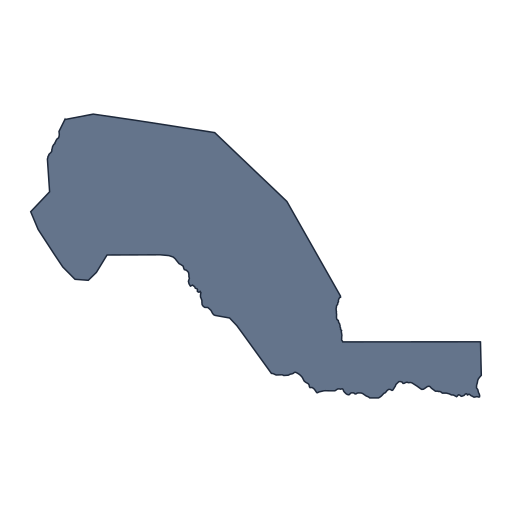 Nawae District, Morobe, Papua New Guinea
{"feature_id": "67681753B35920767491550", "entity_name": "Nawae District", "entity_type": "district", "adm_level": 2, "iso_a3": "PNG", "parent_name": "Papua New Guinea", "parent_adm1": "Morobe", "projection": "equal_earth", "projection_center": [147.161, -6.504], "detail": "fine", "context": "isolated", "style": "filled", "palette": "slate", "viewbox_px": 512, "rotation_deg": 0, "n_neighbors": 0, "source": "geoboundaries", "source_scale": "gbopen_adm2", "svg_char_len": 3387}
<svg xmlns="http://www.w3.org/2000/svg" viewBox="0 0 512 512"><path d="M286.9,201.5L277.2,192.2L254.8,170.9L214.7,132.6L185.8,128.1L174.5,126.3L135.0,120.2L93.2,114.1L65.1,119.5L65.0,119.3L59.0,131.4L59.3,134.3L59.1,136.3L58.5,137.9L57.1,138.9L56.1,140.4L55.6,141.6L54.9,142.8L54.9,143.6L53.8,144.4L52.6,146.5L52.2,148.5L51.8,149.8L51.8,151.0L51.5,151.7L50.5,152.9L49.3,154.0L48.9,154.4L48.8,155.3L48.0,156.4L47.8,157.9L47.4,159.0L49.6,191.8L30.7,211.7L38.1,229.4L54.1,254.0L62.8,267.0L75.0,279.3L88.3,280.3L96.4,272.4L106.9,255.2L107.2,255.0L160.2,254.8L169.0,255.6L170.1,256.0L171.1,256.3L173.3,257.1L175.3,258.9L176.5,260.5L177.5,261.7L179.0,263.6L181.1,264.7L183.2,266.2L183.6,267.9L184.3,269.6L186.5,270.3L188.5,272.4L188.9,274.8L188.9,276.8L189.4,278.2L188.4,281.3L189.0,283.8L190.4,286.1L192.6,285.1L194.7,286.8L195.3,288.2L197.1,288.9L197.5,289.5L197.3,291.2L198.3,292.1L199.4,292.1L200.1,291.4L200.9,292.6L200.5,294.8L200.5,296.9L201.2,298.6L201.9,300.5L201.9,302.5L202.1,304.7L203.3,306.4L204.8,307.4L207.8,307.5L209.1,308.6L211.0,310.4L212.4,313.1L213.6,314.7L215.1,315.4L229.6,318.0L236.9,325.7L243.4,334.6L271.4,373.4L273.1,373.6L276.1,375.0L281.4,374.8L282.3,374.8L283.8,375.5L288.3,375.2L290.4,374.1L291.9,373.9L292.9,373.5L293.2,373.4L294.0,372.7L294.8,372.3L295.7,372.3L297.5,373.2L299.6,374.6L300.7,375.6L302.3,377.4L303.4,379.6L304.2,381.1L305.7,382.3L308.0,383.6L308.6,384.1L309.1,385.1L309.4,386.7L310.0,387.6L312.1,387.5L313.6,388.5L314.5,389.4L316.5,392.3L316.9,392.7L317.6,392.7L318.8,392.0L323.8,390.8L325.2,390.7L329.9,390.8L334.8,390.8L335.6,390.4L337.4,389.1L338.2,388.9L339.4,388.9L340.8,389.2L341.3,388.9L342.5,388.9L343.1,389.5L343.6,391.0L344.3,392.0L346.0,393.7L347.3,394.5L348.8,394.8L349.5,394.5L350.3,393.5L351.4,392.8L353.7,392.9L355.0,393.9L356.0,393.9L357.2,393.1L358.5,392.9L361.2,393.0L362.6,393.5L366.2,396.0L368.5,396.9L369.7,397.9L378.6,397.9L380.4,396.8L381.6,395.8L383.9,393.3L385.2,392.8L385.7,392.3L387.2,390.4L388.7,389.4L390.1,389.4L392.0,390.4L392.7,390.2L393.4,389.2L395.4,386.0L395.9,384.5L398.9,381.6L400.7,381.6L402.1,382.1L403.0,383.4L403.9,383.4L406.2,382.3L407.6,382.3L408.2,382.7L410.7,382.5L412.0,382.9L417.0,386.1L421.0,389.0L421.8,389.4L423.5,389.2L425.2,388.1L427.3,386.6L428.3,386.3L429.2,386.3L430.0,386.6L431.4,388.2L434.1,390.2L435.4,391.2L437.8,391.2L438.3,391.5L439.9,391.5L440.7,391.8L442.3,393.1L446.4,393.1L449.4,393.9L451.3,394.9L453.4,395.0L456.6,396.7L457.2,396.2L458.4,394.8L459.6,395.0L461.2,396.3L462.0,396.2L464.1,395.4L465.2,394.2L466.1,393.7L466.8,393.9L467.4,395.0L467.7,395.0L468.4,394.4L469.1,394.2L469.9,394.7L471.2,395.8L472.3,396.2L473.8,397.1L474.6,397.1L476.9,396.6L478.9,397.1L479.5,396.9L479.7,395.9L479.3,394.1L478.5,392.6L477.8,389.6L476.5,387.9L476.6,385.2L477.3,382.9L477.7,380.5L478.3,379.0L479.4,377.5L481.3,375.3L480.5,341.9L480.3,341.8L342.8,341.9L342.4,341.0L341.6,340.2L341.7,337.9L341.7,336.9L341.9,335.4L341.6,333.3L341.3,331.5L341.6,330.4L340.6,329.6L340.6,328.0L340.0,326.8L340.1,325.7L339.7,324.4L339.5,323.5L338.7,322.6L338.3,320.5L337.9,320.4L337.6,319.9L336.9,319.5L336.5,317.8L336.5,316.6L336.6,314.0L336.3,313.0L336.5,311.7L336.3,311.1L336.2,309.9L336.1,308.7L336.4,307.3L336.5,305.9L337.7,304.2L337.8,302.7L338.5,301.8L338.4,301.0L338.4,300.4L338.7,299.4L339.1,298.4L339.9,297.3L340.5,297.3L340.5,296.1L286.9,201.5Z" fill="#64748b" stroke="#1e293b" stroke-width="1.5"/></svg>